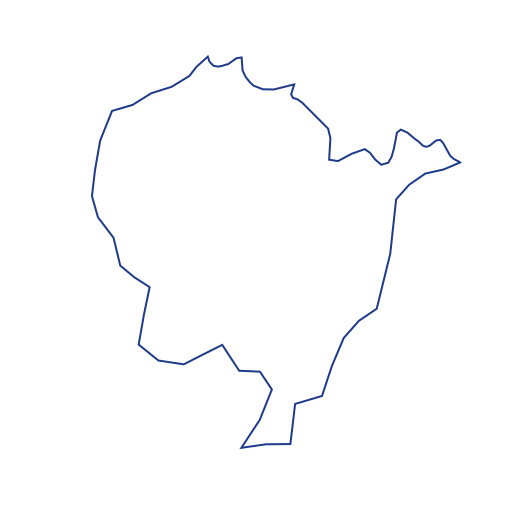 the District of Kürdəmir, rotated 193°
{"feature_id": "AZE-1706", "entity_name": "Kürdəmir", "entity_type": "District", "adm_level": 1, "iso_a3": "AZE", "parent_name": "Azerbaijan", "parent_adm1": "", "projection": "equal_earth", "projection_center": [48.132, 40.282], "detail": "fine", "context": "isolated", "style": "outline", "palette": "blue", "viewbox_px": 512, "rotation_deg": 193, "n_neighbors": 0, "source": "natural_earth", "source_scale": "10m", "svg_char_len": 1200}
<svg xmlns="http://www.w3.org/2000/svg" viewBox="0 0 512 512"><g transform="rotate(193 256 256)"><path d="M418.7,258.2L429.3,277.4L432.2,303.3L433.8,333.5L428.9,365.0L410.2,375.5L394.7,391.0L376.2,401.9L361.3,416.6L356.6,426.9L347.8,439.4L345.0,434.9L340.3,431.8L335.5,432.0L331.6,433.7L328.6,435.6L326.5,436.5L319.4,444.4L314.7,446.2L310.8,433.7L306.5,428.3L301.2,424.0L296.8,421.4L286.7,420.0L276.0,422.3L257.4,431.8L258.1,421.5L255.6,418.4L250.9,418.0L245.5,415.8L214.4,396.3L210.0,387.5L206.4,366.3L197.5,366.9L185.8,377.1L174.1,384.6L168.3,382.3L161.4,376.7L154.4,373.1L148.2,376.6L146.2,383.0L145.8,391.5L146.4,408.0L143.3,411.7L136.3,410.3L126.7,405.4L124.1,404.5L118.3,401.1L114.8,400.6L111.6,402.6L106.4,409.1L102.6,410.6L99.0,408.1L89.4,397.4L85.0,395.0L79.2,393.5L78.2,393.0L92.7,382.5L109.6,374.4L122.8,359.9L132.2,342.7L125.7,288.3L126.5,231.8L141.1,216.1L152.1,195.8L157.3,165.9L160.2,134.5L184.6,120.7L180.2,80.5L203.9,74.8L227.1,65.8L215.5,97.1L210.5,129.5L226.2,144.2L246.5,140.4L256.4,149.8L268.9,161.8L285.0,148.5L302.0,134.2L327.6,132.2L350.4,143.3L352.0,173.4L352.6,201.7L369.8,207.9L386.1,216.1L398.9,241.7L418.7,258.2Z" fill="none" stroke="#1e3a8a" stroke-width="2"/></g></svg>